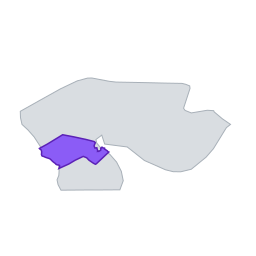 location of Dilkhil, Dikhil, Djibouti, rotated 64°
{"feature_id": "41766387B9467441741428", "entity_name": "Dilkhil", "entity_type": "district", "adm_level": 2, "iso_a3": "DJI", "parent_name": "Djibouti", "parent_adm1": "Dikhil", "projection": "equal_earth", "projection_center": [42.604, 11.271], "detail": "fine", "context": "in_parent", "style": "filled", "palette": "violet", "viewbox_px": 256, "rotation_deg": 64, "n_neighbors": 0, "source": "geoboundaries", "source_scale": "gbopen_adm2", "svg_char_len": 1856}
<svg xmlns="http://www.w3.org/2000/svg" viewBox="0 0 256 256"><g transform="rotate(64 128 128)"><path d="M180.0,162.4L173.2,176.6L164.4,194.8L154.5,215.5L148.3,215.7L143.5,214.5L140.2,210.9L133.4,207.1L125.7,206.9L118.4,210.4L106.0,214.9L94.8,216.3L85.8,218.8L78.3,221.7L71.6,220.1L65.8,217.5L64.5,195.5L63.2,171.6L63.4,152.9L65.4,142.6L67.2,138.6L77.8,124.4L81.5,118.6L93.5,95.1L103.9,75.0L111.6,59.9L114.0,57.0L117.2,54.1L119.6,54.9L134.6,69.4L137.2,69.0L142.2,64.5L146.8,49.0L150.0,43.4L151.3,43.5L161.0,39.2L169.7,34.3L170.8,39.4L184.0,60.2L188.4,70.5L192.8,89.2L190.5,99.7L187.1,106.5L182.0,112.6L164.4,127.5L144.7,137.0L132.2,156.0L122.9,154.7L124.3,161.9L127.8,162.7L133.2,161.4L144.0,155.8L153.6,153.2L164.0,153.0L173.3,155.4L180.0,162.4Z" fill="#d9dde1" stroke="#a8b0b8" stroke-width="1"/><path d="M105.4,189.7L107.1,207.6L107.5,216.6L108.4,216.4L109.3,215.8L109.8,215.7L111.1,215.9L112.8,216.7L113.6,217.3L115.2,217.6L116.0,217.0L116.1,216.9L117.1,215.8L117.9,215.3L121.1,212.0L122.1,211.4L124.7,210.5L125.9,210.0L128.4,208.7L129.0,208.7L129.9,208.0L131.0,206.4L131.6,206.0L132.3,206.1L133.4,206.9L133.5,207.2L133.5,207.3L134.1,207.9L134.4,196.8L133.8,189.5L133.9,180.7L136.6,178.2L139.8,177.2L144.4,174.6L146.3,173.2L146.3,172.2L141.2,155.8L140.4,156.4L139.2,156.7L138.6,157.2L138.4,157.3L137.8,157.5L136.7,158.3L136.3,158.3L136.1,158.0L135.8,157.9L135.6,158.3L134.8,159.3L134.1,159.5L133.8,160.0L133.8,160.3L134.4,161.0L134.2,161.3L134.5,161.6L135.5,161.9L136.0,162.3L136.1,163.3L136.1,163.7L135.9,164.2L136.2,164.3L136.2,164.6L135.9,164.9L135.7,165.5L135.4,165.1L134.7,165.2L133.4,164.9L132.7,164.9L132.1,164.7L131.9,165.6L131.6,165.9L131.5,166.5L129.6,166.4L129.1,166.2L128.6,165.7L127.8,164.9L127.4,164.3L126.9,164.1L126.6,163.8L125.3,164.4L119.8,170.9L112.2,180.6L105.4,189.7Z" fill="#8b5cf6" stroke="#5b21b6" stroke-width="1.5"/></g></svg>